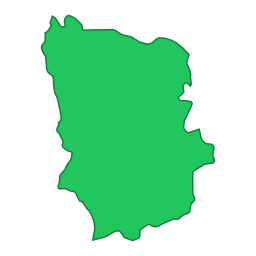 SVG path tracing the border of Lääne-Viru
{"feature_id": "EST-1658", "entity_name": "Lääne-Viru", "entity_type": "County", "adm_level": 1, "iso_a3": "EST", "parent_name": "Estonia", "parent_adm1": "", "projection": "orthographic", "projection_center": [26.348, 59.26], "detail": "fine", "context": "isolated", "style": "filled", "palette": "green", "viewbox_px": 256, "rotation_deg": 0, "n_neighbors": 0, "source": "natural_earth", "source_scale": "10m", "svg_char_len": 2173}
<svg xmlns="http://www.w3.org/2000/svg" viewBox="0 0 256 256"><path d="M45.2,32.6L46.4,32.4L49.0,29.7L51.3,25.3L50.1,23.2L52.4,16.2L55.6,18.4L59.0,24.0L61.6,27.2L64.8,26.5L65.1,24.5L64.4,21.9L64.7,19.2L66.6,16.3L68.4,15.4L70.4,15.9L75.7,18.7L81.4,24.5L82.0,25.7L82.3,27.4L82.5,29.6L83.9,30.1L112.7,29.6L115.6,30.6L121.8,34.7L131.2,36.9L139.7,42.1L145.9,43.9L149.2,44.0L151.8,43.0L156.9,38.8L159.1,37.8L165.4,38.4L171.3,40.2L177.0,43.3L182.7,48.0L189.1,54.9L188.8,55.5L187.4,59.5L186.8,61.7L186.9,63.0L187.4,64.8L189.9,70.7L190.6,73.9L190.5,77.4L191.3,84.3L190.2,86.1L187.9,83.5L186.7,82.8L185.8,82.9L184.6,83.5L183.7,84.8L183.0,86.0L183.8,92.1L181.4,94.8L178.7,96.7L178.3,97.7L178.5,98.5L179.7,100.2L181.0,100.7L182.6,100.8L183.9,100.5L190.3,101.5L191.6,102.1L192.2,103.6L190.7,107.5L184.4,120.6L183.5,127.6L185.5,131.0L187.6,132.5L188.6,132.8L199.2,129.2L200.9,137.2L201.9,139.9L204.7,142.9L206.9,143.8L211.5,144.2L213.1,145.6L214.0,147.3L212.7,156.0L213.9,158.1L214.2,159.1L214.5,160.8L213.9,162.2L212.6,163.0L204.4,164.3L194.1,170.7L193.0,172.3L192.7,176.9L192.8,193.8L194.6,198.0L194.6,199.9L193.5,201.5L191.3,203.9L190.4,206.4L190.1,208.5L190.0,210.6L189.5,211.9L188.4,213.0L183.6,214.9L178.1,219.3L174.1,219.1L172.5,219.4L164.3,222.9L158.2,226.2L155.7,226.8L152.5,226.3L150.8,224.9L147.4,224.6L139.9,230.2L139.9,235.0L139.7,236.3L139.2,237.8L132.7,240.6L124.4,237.5L120.2,231.5L117.8,230.7L114.7,231.5L105.5,236.8L92.8,240.1L93.3,236.7L94.2,232.7L94.6,230.2L94.8,227.9L94.5,225.1L94.0,221.7L92.0,216.0L90.0,211.8L87.0,208.8L82.6,202.0L79.4,200.8L75.5,192.6L73.5,191.4L70.1,190.9L66.2,188.9L64.1,188.5L59.9,188.9L58.5,188.4L58.1,186.6L59.6,180.9L59.9,175.3L65.0,169.5L66.9,165.2L71.1,159.2L72.3,152.4L66.8,150.3L62.8,147.2L62.2,144.9L63.3,141.6L61.5,138.1L59.1,133.2L58.0,132.4L57.3,131.5L56.9,130.6L57.0,128.7L58.1,126.3L58.9,124.0L58.2,122.9L61.0,120.4L61.2,117.7L61.1,116.0L58.1,100.9L57.1,97.5L55.5,94.1L54.6,91.5L54.1,88.6L53.9,86.0L53.4,82.3L53.6,80.2L53.3,78.0L52.8,76.2L48.4,72.7L47.1,70.4L46.7,68.8L45.7,56.6L43.8,53.8L43.2,52.6L41.8,49.1L41.5,47.5L41.8,45.7L44.5,42.2L45.2,40.8L45.3,33.7L45.2,32.6Z" fill="#22c55e" stroke="#15803d" stroke-width="1.5"/></svg>